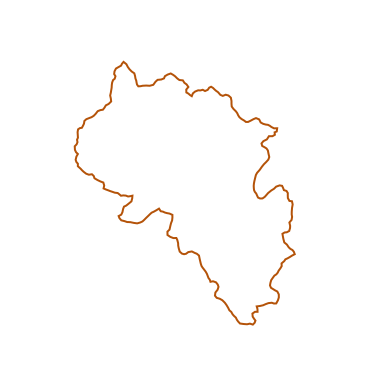 Caldas, Minas Gerais, Brazil (Mercator projection), rotated 72°
{"feature_id": "56859067B22702715825504", "entity_name": "Caldas", "entity_type": "district", "adm_level": 2, "iso_a3": "BRA", "parent_name": "Brazil", "parent_adm1": "Minas Gerais", "projection": "mercator", "projection_center": [-46.356, -21.898], "detail": "fine", "context": "isolated", "style": "outline", "palette": "amber", "viewbox_px": 384, "rotation_deg": 72, "n_neighbors": 0, "source": "geoboundaries", "source_scale": "gbopen_adm2", "svg_char_len": 4347}
<svg xmlns="http://www.w3.org/2000/svg" viewBox="0 0 384 384"><g transform="rotate(72 192 192)"><path d="M132.2,292.6L135.5,290.7L137.3,289.9L139.3,288.8L141.9,287.0L143.7,284.7L144.2,281.7L146.4,280.5L148.8,280.5L151.4,278.2L153.7,275.8L155.6,273.4L158.7,273.5L161.3,275.0L163.0,273.1L164.4,271.3L165.8,269.6L167.2,267.7L168.8,265.6L170.0,263.0L171.8,261.8L173.6,260.7L174.0,258.4L175.0,256.0L176.5,254.2L176.9,252.0L177.1,249.8L179.5,250.8L182.2,252.5L183.6,256.1L184.6,258.8L184.9,261.2L186.9,262.8L189.7,264.4L191.7,266.3L192.2,269.2L194.4,269.1L197.1,268.0L198.9,265.1L200.5,263.0L201.6,260.0L203.4,256.9L204.9,253.8L205.0,250.6L204.7,248.2L203.7,246.0L202.5,243.7L201.3,241.2L200.1,238.8L199.2,236.8L198.9,234.3L198.3,231.4L197.6,228.5L200.6,227.7L201.7,225.7L203.1,224.2L204.3,222.4L205.6,220.0L207.7,217.7L210.2,218.5L212.9,219.7L215.2,221.6L217.6,223.1L220.8,225.0L222.1,227.6L225.3,228.6L228.0,226.5L230.1,223.9L230.9,221.1L232.9,220.8L236.3,221.0L238.8,221.7L241.4,222.0L244.9,222.1L247.5,220.6L248.7,218.8L248.9,216.7L248.0,214.1L248.5,210.5L250.8,208.2L252.2,206.5L254.6,205.0L258.2,205.4L263.0,205.8L265.3,205.8L267.2,205.3L269.1,204.6L272.0,203.6L274.5,203.1L276.8,203.0L278.9,202.9L280.8,202.2L283.1,202.2L283.4,199.6L285.3,197.1L288.0,196.1L290.4,196.1L292.9,197.9L294.8,200.8L297.7,202.2L300.3,201.2L302.1,198.6L304.3,196.6L307.4,195.0L310.2,194.1L313.3,193.4L316.1,193.0L318.2,191.7L320.8,191.2L322.7,190.4L325.0,189.1L327.3,188.8L329.3,188.2L331.9,187.0L333.5,183.7L334.8,180.5L335.1,177.6L336.9,175.1L335.7,172.8L333.9,171.4L331.9,172.1L329.3,172.8L326.3,172.1L325.4,169.1L326.2,166.7L323.6,165.9L320.8,165.8L321.4,162.6L321.7,159.4L321.4,156.4L321.3,153.6L322.0,150.3L323.4,148.5L324.0,146.3L321.5,143.7L319.1,142.0L316.2,141.1L313.0,141.6L311.2,143.4L309.5,144.8L307.5,146.5L304.9,146.7L302.5,145.4L300.3,143.9L298.4,141.4L297.0,139.5L296.4,137.3L295.2,135.4L293.6,133.9L291.8,131.4L290.2,129.6L287.6,128.9L286.2,125.6L284.9,124.0L284.6,121.6L284.1,119.2L283.4,116.5L282.9,113.5L280.3,113.6L278.2,114.4L276.5,116.0L274.5,117.1L271.3,118.0L268.5,119.8L264.9,119.6L261.7,119.2L259.7,118.9L259.1,116.4L259.6,114.3L259.1,111.6L256.6,109.9L254.5,109.1L251.1,108.8L249.3,105.9L246.6,104.5L244.1,104.1L241.5,103.2L238.1,101.8L234.9,100.1L231.7,99.8L230.6,102.1L227.4,102.7L224.6,101.9L222.6,101.2L220.2,101.8L218.6,104.0L216.4,104.1L214.0,104.4L212.8,106.6L212.9,110.3L214.3,113.1L215.0,116.0L216.5,119.9L218.0,122.4L219.1,124.3L219.9,126.9L219.2,129.3L217.7,130.9L215.5,131.2L213.3,131.4L211.3,132.2L209.4,132.4L207.4,132.0L205.2,131.4L203.1,130.5L200.9,129.3L198.3,127.7L195.6,126.0L193.9,124.2L191.9,120.8L189.5,117.6L187.8,115.0L186.4,112.2L184.8,109.4L182.6,107.7L179.1,107.4L176.0,107.0L173.6,107.7L171.9,109.1L169.9,111.0L167.3,110.9L165.7,108.4L165.1,104.5L162.7,101.6L163.8,98.3L163.2,95.5L160.8,95.0L160.6,92.7L157.7,91.3L156.8,94.3L154.7,96.4L153.0,97.6L151.6,99.0L150.6,101.1L149.2,103.2L147.1,105.2L143.7,105.7L141.5,108.3L141.7,111.0L142.3,114.2L142.7,117.1L142.0,119.1L140.2,120.3L137.8,122.4L135.5,123.8L133.2,124.4L131.1,124.6L128.9,125.3L125.8,126.9L123.0,127.8L120.4,127.2L117.6,126.3L114.3,125.9L111.5,127.5L109.9,129.9L110.1,133.0L108.4,135.0L105.1,136.4L103.1,137.9L101.4,138.9L99.6,139.8L97.8,141.3L98.1,143.4L99.7,145.5L100.0,148.4L98.1,150.2L98.0,152.5L97.2,154.8L97.4,158.0L98.5,160.7L100.8,162.6L99.2,163.9L97.3,165.0L95.6,166.6L92.8,165.8L91.0,163.0L88.0,163.9L85.8,165.5L83.0,166.2L81.6,169.4L79.5,170.9L76.6,172.4L74.7,173.8L72.7,175.6L72.8,179.0L73.5,182.0L75.3,183.5L75.5,186.5L74.7,190.1L75.9,192.7L78.1,195.7L77.9,199.4L76.6,202.7L75.7,206.1L75.5,208.2L74.9,210.4L72.8,211.1L70.8,210.9L68.8,210.6L66.6,210.7L64.0,210.3L61.3,210.2L58.8,212.1L56.0,213.5L53.3,214.4L50.2,214.9L47.1,216.9L48.4,219.0L49.9,220.4L50.5,223.4L51.1,226.2L53.3,228.4L55.8,229.6L58.2,229.0L60.4,230.5L61.2,232.5L63.2,234.1L65.4,235.2L68.0,236.2L70.1,237.3L72.6,238.6L74.9,240.0L77.9,240.3L80.9,240.9L82.5,244.1L83.0,247.2L84.7,249.1L86.2,251.3L85.8,253.9L86.0,256.7L87.9,259.5L89.2,262.0L89.8,264.4L89.9,266.7L90.1,270.0L91.2,272.4L93.6,273.6L95.2,275.1L96.9,276.9L96.6,278.9L97.2,281.0L99.7,282.3L102.0,282.9L105.1,283.7L106.8,285.2L109.2,285.5L111.0,287.0L112.3,289.4L115.7,290.3L118.3,290.0L120.6,288.8L122.6,291.0L125.4,292.7L127.7,292.7L129.8,291.8L132.2,292.6Z" fill="none" stroke="#b45309" stroke-width="2"/></g></svg>